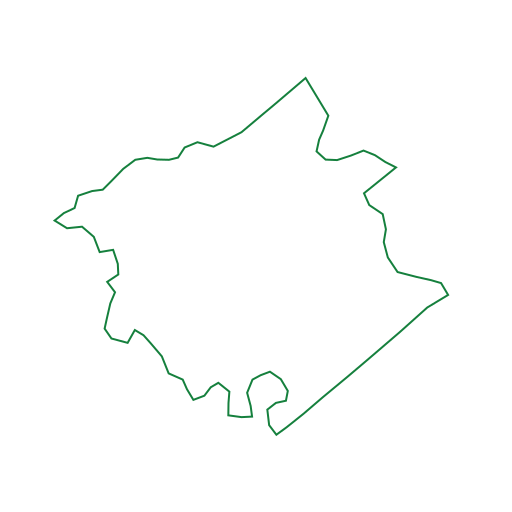 Irati, Santa Catarina, Brazil (Mercator projection), rotated 323°
{"feature_id": "56859067B4292176100261", "entity_name": "Irati", "entity_type": "district", "adm_level": 2, "iso_a3": "BRA", "parent_name": "Brazil", "parent_adm1": "Santa Catarina", "projection": "mercator", "projection_center": [-52.897, -26.627], "detail": "fine", "context": "isolated", "style": "outline", "palette": "green", "viewbox_px": 512, "rotation_deg": 323, "n_neighbors": 0, "source": "geoboundaries", "source_scale": "gbopen_adm2", "svg_char_len": 1267}
<svg xmlns="http://www.w3.org/2000/svg" viewBox="0 0 512 512"><g transform="rotate(323 256 256)"><path d="M402.7,143.7L360.7,146.2L348.3,146.8L318.9,148.4L287.9,143.1L277.7,129.9L264.3,126.4L253.0,130.5L244.4,126.8L235.2,119.5L228.3,112.2L217.5,106.5L202.4,106.5L185.7,109.1L173.5,110.8L164.2,105.5L150.2,100.8L140.0,108.5L128.4,106.1L116.5,106.5L121.8,120.1L134.7,127.9L138.0,143.1L133.5,158.8L145.6,165.1L140.9,179.1L134.9,187.9L121.6,187.1L121.6,200.1L111.1,206.2L99.2,216.2L91.4,222.9L90.9,234.9L101.2,248.1L114.7,242.2L118.5,251.6L119.4,262.6L120.4,279.5L115.6,297.2L123.1,310.6L120.7,320.8L119.4,333.2L130.7,336.5L140.9,333.6L149.6,334.6L153.1,348.3L145.6,356.8L138.0,366.6L147.5,376.0L156.2,381.9L161.5,372.5L166.6,359.9L178.8,352.6L188.0,354.0L197.5,356.8L201.7,369.3L200.2,382.9L192.8,389.6L183.5,385.3L172.6,385.5L164.7,399.0L164.7,411.0L177.3,411.2L198.8,410.6L224.4,409.0L256.6,407.5L284.3,405.9L325.2,403.3L361.8,400.2L386.0,402.7L387.5,389.0L381.3,380.7L371.6,369.3L359.4,354.0L360.4,336.5L366.4,321.8L375.8,312.9L382.4,298.8L377.1,283.5L380.0,270.9L421.1,269.5L415.9,258.9L411.7,247.1L405.3,236.5L392.2,232.9L378.5,228.2L369.6,220.9L367.3,208.9L376.4,201.1L385.1,196.2L398.2,187.5L402.7,143.7Z" fill="none" stroke="#15803d" stroke-width="2"/></g></svg>